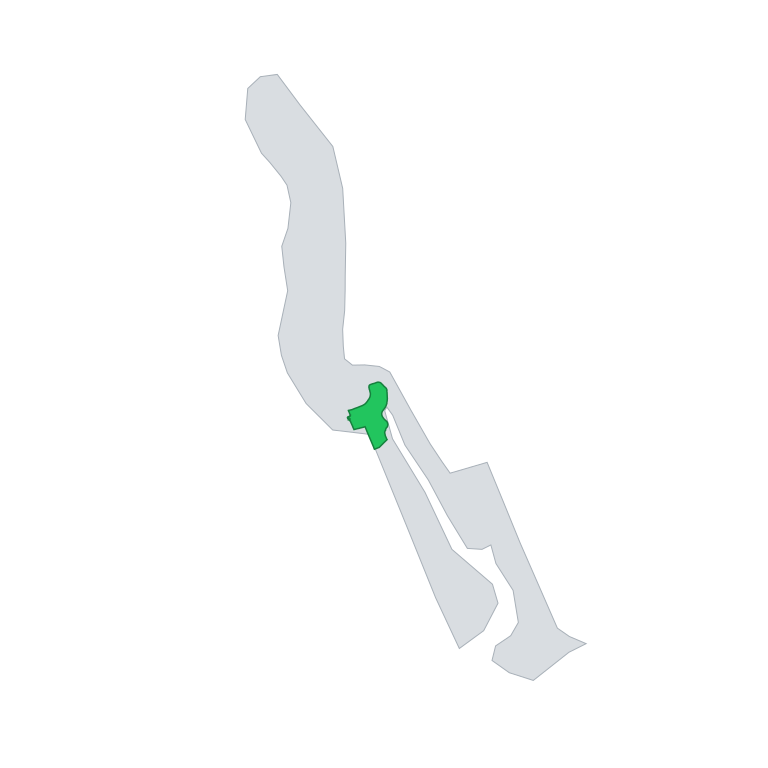 Sabach Sanjar, North Bank, Gambia (highlighted), rotated 247°
{"feature_id": "56634734B86795933582352", "entity_name": "Sabach Sanjar", "entity_type": "district", "adm_level": 2, "iso_a3": "GMB", "parent_name": "Gambia", "parent_adm1": "North Bank", "projection": "albers", "projection_center": [-15.427, 13.542], "detail": "fine", "context": "in_parent", "style": "filled", "palette": "green", "viewbox_px": 768, "rotation_deg": 247, "n_neighbors": 0, "source": "geoboundaries", "source_scale": "gbopen_adm2", "svg_char_len": 3657}
<svg xmlns="http://www.w3.org/2000/svg" viewBox="0 0 768 768"><g transform="rotate(247 384 384)"><path d="M111.1,350.0L167.0,348.0L234.8,349.2L308.7,350.3L343.4,350.8L361.7,318.8L396.4,304.7L432.0,299.4L450.5,300.8L470.0,305.5L507.5,331.8L530.9,337.7L550.7,343.7L564.8,356.4L587.3,369.1L604.9,372.4L615.4,370.4L632.8,365.4L644.3,361.4L681.7,359.6L709.3,374.1L715.2,390.2L710.7,406.7L673.8,415.7L622.6,429.7L580.2,422.4L528.5,403.8L498.4,390.4L485.8,385.0L467.0,376.5L450.5,367.3L434.7,361.3L422.6,357.5L413.7,362.3L409.1,373.7L402.0,386.5L392.8,394.0L349.6,398.5L310.8,403.1L290.0,407.0L276.1,410.0L271.6,448.3L227.6,447.8L184.5,447.2L139.7,447.7L91.5,448.2L79.1,456.0L66.0,468.6L64.8,449.4L52.8,405.6L69.3,386.5L87.3,375.4L99.3,384.4L102.8,402.3L112.0,414.5L143.6,422.2L175.0,416.9L194.1,419.5L193.5,409.6L200.1,396.5L238.1,390.9L278.3,387.3L319.6,379.4L351.9,379.8L361.6,377.6L359.2,374.2L330.2,370.4L268.3,379.4L205.2,381.9L157.3,405.6L137.7,403.3L118.0,379.4L111.1,350.0Z" fill="#d9dde1" stroke="#a8b0b8" stroke-width="1"/><path d="M331.6,365.1L332.0,365.0L333.1,365.0L334.2,365.0L335.1,365.0L335.7,365.0L336.6,365.1L337.2,365.3L337.6,365.4L337.8,365.4L338.2,365.4L338.5,365.5L338.8,365.5L339.0,365.7L339.3,365.9L339.5,365.9L339.8,366.1L340.0,366.3L340.3,366.5L340.4,366.8L340.6,367.0L340.7,367.3L341.3,367.6L341.6,367.8L342.4,368.6L342.8,369.2L342.9,369.7L343.4,370.3L343.8,370.8L344.5,371.3L345.5,371.8L345.8,371.8L346.3,371.9L346.7,371.9L347.3,372.1L347.7,372.1L348.3,371.8L349.3,371.5L350.5,370.9L352.0,370.3L352.6,370.2L353.3,370.0L354.4,369.8L355.5,369.8L356.3,369.8L356.9,370.1L357.9,370.4L358.4,370.8L358.8,371.1L359.4,371.7L359.8,372.3L360.3,373.1L360.9,374.2L361.1,374.5L361.4,375.0L361.9,375.8L362.3,376.3L362.6,376.7L363.1,377.3L364.0,378.1L364.8,378.9L365.4,379.2L365.9,379.4L367.2,380.3L367.8,380.6L369.5,381.5L369.9,381.6L370.5,381.8L375.3,383.6L376.5,383.8L376.8,383.9L376.9,384.2L377.5,384.4L378.7,384.4L379.2,384.4L380.2,383.9L381.3,383.5L382.1,383.0L382.7,382.9L384.0,382.4L384.9,382.0L385.3,381.9L385.6,381.8L386.0,381.6L387.1,380.8L387.4,380.3L387.8,379.7L388.1,379.1L388.2,378.5L388.3,377.9L388.3,376.3L388.5,374.6L388.7,373.4L388.8,371.0L388.6,370.1L388.2,369.6L387.6,369.2L387.1,369.0L386.8,368.8L386.1,368.7L385.0,368.4L384.6,368.4L384.3,368.4L383.4,368.3L382.5,368.1L381.8,368.0L381.0,367.9L379.7,367.4L378.7,366.8L378.3,366.6L377.8,366.2L377.0,365.4L376.1,364.3L375.6,363.4L374.9,362.4L374.6,362.0L374.5,361.8L373.6,360.1L373.0,358.6L372.8,357.5L372.7,356.8L372.7,356.4L372.6,355.8L372.6,355.3L372.7,352.7L372.7,351.5L372.7,350.6L372.9,347.5L372.9,344.7L373.1,343.4L373.4,341.7L373.6,341.0L373.6,340.9L372.5,340.8L372.3,340.9L371.4,340.9L369.8,340.8L369.3,340.8L368.9,340.8L368.6,341.0L368.5,340.9L368.3,340.6L367.8,340.6L367.7,340.5L367.8,340.2L367.8,339.9L368.0,339.8L368.0,339.7L367.8,339.6L367.6,339.6L367.4,339.3L367.4,338.9L367.4,338.7L367.7,338.5L367.8,338.3L367.8,337.7L367.7,337.6L367.2,337.6L367.1,337.4L367.1,337.2L366.9,337.2L366.5,337.1L366.3,337.1L366.3,337.3L366.4,338.0L366.0,337.8L365.9,337.8L365.9,338.0L365.7,338.0L365.8,338.2L365.8,338.3L365.6,338.3L365.2,338.6L364.8,338.7L364.8,338.9L364.5,338.7L364.5,338.4L364.5,338.1L364.3,338.4L363.8,338.4L363.8,338.0L363.6,338.1L363.5,338.4L363.2,338.4L363.0,338.5L362.8,338.5L362.4,338.5L360.7,338.5L357.0,338.6L356.9,338.5L353.8,338.6L353.2,342.5L352.9,343.5L352.9,344.0L352.9,344.4L352.4,347.2L352.2,348.5L352.1,349.9L347.1,349.8L338.3,349.8L336.5,349.8L330.1,349.8L328.6,349.7L328.0,349.7L327.7,349.7L327.6,351.3L327.6,351.5L327.6,352.0L327.6,353.7L327.5,354.8L328.5,357.3L329.9,360.7L331.6,365.1Z" fill="#22c55e" stroke="#15803d" stroke-width="1.5"/></g></svg>